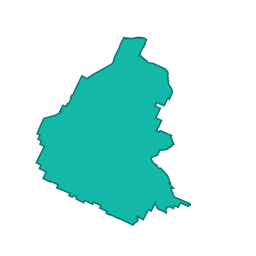 outline of Quilpie, Queensland, Australia, rotated 109°
{"feature_id": "25037944B55337411871300", "entity_name": "Quilpie", "entity_type": "district", "adm_level": 2, "iso_a3": "AUS", "parent_name": "Australia", "parent_adm1": "Queensland", "projection": "robinson", "projection_center": [143.431, -26.15], "detail": "fine", "context": "isolated", "style": "filled", "palette": "teal", "viewbox_px": 256, "rotation_deg": 109, "n_neighbors": 0, "source": "geoboundaries", "source_scale": "gbopen_adm2", "svg_char_len": 5203}
<svg xmlns="http://www.w3.org/2000/svg" viewBox="0 0 256 256"><g transform="rotate(109 128 128)"><path d="M43.7,161.4L51.9,162.5L54.6,162.4L64.1,163.6L64.5,163.9L69.4,163.4L72.3,163.8L85.2,175.1L85.3,175.3L89.0,178.6L89.0,178.4L93.0,181.9L94.6,182.1L94.4,184.4L93.6,188.6L107.5,190.2L115.4,191.0L115.3,191.8L118.5,192.1L118.8,191.4L124.7,192.1L124.6,193.3L128.0,193.7L127.7,196.8L134.4,197.9L134.4,196.2L139.9,201.1L146.3,210.6L153.7,211.5L163.1,212.0L163.5,208.9L168.0,209.5L168.1,209.3L168.0,209.1L168.4,205.6L172.0,206.0L172.4,202.8L172.4,202.6L172.5,202.4L172.6,201.1L185.4,202.8L186.0,202.7L186.2,202.9L190.8,203.4L191.2,199.8L191.5,198.2L195.2,198.6L195.6,194.6L196.4,191.0L203.4,191.9L204.3,183.8L203.5,183.7L204.1,178.3L204.2,178.2L204.1,177.9L204.4,175.5L205.6,175.7L205.6,175.8L206.0,175.9L206.5,175.8L207.8,175.9L207.8,173.3L207.9,173.2L208.1,169.8L208.0,169.7L208.1,169.4L208.1,169.1L208.8,161.6L211.1,161.9L211.2,160.8L211.2,160.7L211.2,160.4L211.3,160.3L211.4,159.1L211.5,158.9L211.2,157.9L210.5,157.6L209.8,156.6L209.5,155.9L209.5,155.5L209.4,155.2L210.9,154.1L212.0,153.7L213.0,145.6L210.6,145.3L211.6,136.6L211.3,136.7L211.0,136.6L210.9,136.7L209.4,136.5L210.2,128.2L212.9,128.6L213.8,120.6L215.7,120.9L216.2,117.3L215.5,117.2L216.6,108.0L216.2,107.9L216.8,103.3L218.0,92.8L218.1,92.2L218.2,91.8L217.5,91.6L217.2,91.2L216.4,91.0L215.5,91.3L215.0,90.0L213.3,89.1L213.0,88.8L211.7,88.6L211.2,89.3L210.2,89.6L209.8,90.6L208.0,90.4L208.1,88.8L209.0,88.9L209.7,83.7L201.9,82.6L201.4,82.4L200.7,82.6L198.5,82.3L198.7,81.8L198.7,81.6L198.9,81.1L198.9,80.6L198.3,80.1L198.8,79.7L199.0,79.5L199.0,79.0L197.6,78.9L197.0,78.8L196.8,78.7L196.7,78.8L196.1,78.6L195.2,78.6L194.8,78.7L194.3,78.3L193.5,78.3L193.4,78.2L193.2,78.3L192.8,78.2L192.5,78.1L192.4,78.2L191.0,78.1L190.4,77.9L190.3,78.1L189.7,78.0L192.7,75.5L193.1,75.4L193.1,74.6L193.4,74.4L194.0,74.2L194.6,74.0L195.0,70.6L194.9,70.2L195.1,69.3L195.0,69.2L195.1,68.9L195.3,67.1L195.9,64.0L195.7,64.0L195.6,64.3L195.3,64.4L194.9,64.8L194.4,65.1L194.1,65.4L193.3,65.5L191.9,65.4L191.5,65.7L191.2,65.7L190.8,65.2L190.7,64.9L190.5,64.7L190.0,64.7L189.4,63.6L188.7,63.1L188.6,62.7L189.2,60.6L189.3,60.1L189.0,59.5L189.4,59.1L186.3,58.7L186.7,54.7L181.6,54.1L182.5,45.8L180.8,45.6L181.0,44.0L179.4,44.7L178.2,61.8L171.1,68.0L170.2,65.4L167.1,71.0L166.3,70.0L160.1,75.3L158.8,77.9L158.3,78.4L155.5,83.7L155.4,84.4L155.7,84.6L156.0,85.7L155.7,86.7L155.2,87.9L153.8,88.4L153.7,88.7L153.9,89.6L153.7,90.1L153.3,90.4L153.4,91.7L153.0,92.0L153.0,92.4L152.5,92.9L152.3,93.5L152.0,93.5L151.4,93.9L151.3,94.8L150.0,95.8L149.8,96.0L149.6,96.1L148.5,96.2L148.0,96.2L144.2,91.3L139.4,90.7L139.4,90.9L138.5,90.8L136.7,86.0L136.0,85.0L136.0,84.8L135.2,83.9L133.8,83.3L133.6,83.1L133.5,82.8L132.5,82.0L132.4,81.8L132.0,81.6L131.7,81.3L131.1,81.0L130.9,80.8L130.5,80.7L130.0,81.0L129.7,81.1L129.4,80.6L129.2,80.5L129.2,80.3L128.4,79.4L122.7,84.4L121.1,84.2L121.1,84.4L120.9,84.5L120.8,85.1L121.0,85.2L120.5,90.5L120.3,90.8L120.5,91.1L120.5,91.3L120.4,91.6L119.9,96.9L121.7,97.1L121.4,100.1L118.8,99.8L118.8,100.0L117.9,99.5L117.6,99.5L117.4,99.4L113.1,99.0L110.0,98.6L109.4,104.9L99.1,103.8L98.5,109.6L94.4,109.2L95.2,101.1L86.9,100.1L86.4,99.6L86.5,99.6L86.8,99.6L87.1,99.5L87.2,98.6L87.4,98.3L79.3,97.6L79.0,97.9L78.9,98.1L78.6,98.2L78.4,98.4L78.1,98.6L77.8,98.8L77.5,99.3L77.4,99.3L76.6,99.6L76.0,100.5L75.4,101.1L75.4,101.5L75.1,101.7L74.5,102.6L74.2,102.8L73.8,103.5L73.6,103.7L73.2,104.0L72.4,104.3L72.2,104.6L71.5,104.9L70.7,105.0L70.4,104.9L69.7,105.7L69.0,106.0L68.7,106.3L68.1,106.2L68.0,106.3L67.8,106.3L67.5,106.5L67.3,106.5L66.7,107.1L66.1,107.2L65.7,107.6L65.1,107.8L64.5,107.7L64.1,107.6L63.4,107.8L62.7,108.5L62.1,108.8L61.5,109.1L61.2,111.6L60.2,111.5L58.8,124.7L59.7,130.6L59.6,130.8L59.4,131.1L59.2,131.4L59.0,131.6L58.8,131.7L58.7,131.9L58.8,132.0L58.4,132.3L58.4,132.6L58.1,133.1L58.2,133.3L57.9,134.1L58.0,134.4L57.7,134.8L57.7,135.0L57.4,135.2L57.4,135.3L57.4,135.5L57.2,136.0L57.3,136.1L57.3,136.3L57.1,136.5L56.7,136.8L56.6,137.1L56.6,137.3L56.4,138.0L55.9,138.7L55.9,139.7L55.6,141.1L54.8,140.6L54.8,140.9L46.8,140.1L46.8,139.6L42.3,139.2L42.3,139.6L38.5,139.2L38.4,139.7L37.9,140.8L37.8,141.2L37.9,141.3L37.9,141.6L37.9,141.8L38.0,141.9L38.0,142.2L38.0,142.4L38.2,142.5L38.2,142.9L38.0,143.0L37.9,143.3L38.0,143.4L37.9,143.6L38.1,143.7L38.2,143.9L38.4,144.2L38.4,144.5L38.3,144.8L38.2,144.7L38.1,144.9L38.3,145.1L38.3,145.3L38.3,145.5L38.6,145.8L38.6,146.1L38.7,146.4L38.7,146.6L38.8,146.6L38.8,147.0L39.0,146.8L39.0,147.1L39.4,147.4L39.3,147.5L39.5,147.8L39.5,148.0L39.5,148.3L39.7,148.5L39.5,148.8L39.5,149.0L39.8,149.2L39.7,149.5L40.2,150.2L40.3,150.2L40.5,150.2L40.6,150.4L40.5,150.7L41.0,151.2L41.1,151.7L41.2,151.9L41.3,151.9L41.3,152.2L41.7,152.6L41.8,153.2L42.0,153.2L42.0,153.4L42.3,153.7L42.3,153.9L42.4,154.3L42.5,154.3L42.7,154.6L42.8,154.5L43.0,154.8L43.0,155.5L42.9,155.6L42.9,156.0L42.8,156.3L42.7,156.5L43.0,156.8L43.3,157.2L43.1,157.4L43.3,157.8L43.2,158.0L43.3,158.0L43.5,158.1L43.6,158.6L43.8,158.5L44.3,158.5L44.3,158.9L44.0,159.5L44.3,159.7L44.3,160.0L44.0,160.1L44.3,160.6L44.0,160.6L44.1,160.9L44.0,161.0L43.8,161.1L43.7,161.0L43.7,161.4L43.7,161.4Z" fill="#14b8a6" stroke="#0f766e" stroke-width="1.5"/></g></svg>